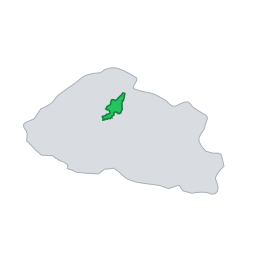 Kazhi, Wangdi Phodrang, Bhutan shown in context, rotated 14°
{"feature_id": "84629894B17880677073525", "entity_name": "Kazhi", "entity_type": "district", "adm_level": 2, "iso_a3": "BTN", "parent_name": "Bhutan", "parent_adm1": "Wangdi Phodrang", "projection": "orthographic", "projection_center": [90.104, 27.757], "detail": "fine", "context": "in_parent", "style": "filled", "palette": "green", "viewbox_px": 256, "rotation_deg": 14, "n_neighbors": 0, "source": "geoboundaries", "source_scale": "gbopen_adm2", "svg_char_len": 5642}
<svg xmlns="http://www.w3.org/2000/svg" viewBox="0 0 256 256"><g transform="rotate(14 128 128)"><path d="M202.3,110.0L201.9,111.6L200.3,115.7L199.2,120.3L200.2,123.9L204.1,128.3L209.3,131.7L216.0,131.9L222.0,130.5L224.5,131.0L227.9,136.8L230.3,141.9L227.2,147.2L225.5,151.8L224.9,155.1L225.3,156.5L227.3,159.1L229.7,163.6L230.1,167.7L228.7,170.5L225.5,171.9L222.2,171.6L219.4,171.7L216.0,172.2L210.6,173.8L205.5,175.9L196.1,175.6L192.2,171.6L190.5,171.6L181.9,177.0L172.5,176.1L155.5,178.0L148.3,178.5L141.0,177.9L137.3,176.8L130.4,173.1L124.1,170.4L117.8,172.9L115.5,173.3L110.4,179.7L99.4,181.8L88.4,183.4L85.1,182.5L78.9,182.1L78.7,180.6L78.9,179.2L77.5,178.0L74.9,176.8L70.6,176.3L65.1,174.7L61.9,173.1L50.6,175.3L44.0,171.9L36.6,167.2L32.8,165.1L31.5,157.9L30.2,155.6L27.3,153.2L25.7,150.3L27.1,147.4L34.5,142.0L35.1,140.7L38.7,130.6L43.5,126.9L48.2,121.8L51.8,113.7L58.7,105.4L66.2,96.8L71.4,89.8L74.9,86.6L81.9,83.1L87.8,81.1L91.9,76.4L96.8,73.8L101.8,72.6L109.3,73.3L116.4,74.9L124.1,77.3L125.0,79.1L124.3,82.5L123.2,85.8L123.2,87.6L124.4,88.5L131.9,89.1L141.2,88.6L146.4,89.0L158.0,92.1L161.4,94.2L165.0,95.9L168.4,95.6L172.8,91.9L177.4,88.8L180.2,88.3L182.3,89.3L186.0,92.2L193.7,94.8L200.5,96.8L202.8,98.8L202.1,107.2L202.3,110.0Z" fill="#d9dde1" stroke="#a8b0b8" stroke-width="1"/><path d="M115.1,116.3L115.2,116.2L115.4,116.2L115.5,116.2L115.8,116.0L116.1,116.1L116.3,115.9L116.5,115.9L116.8,115.6L116.9,115.4L117.0,115.3L117.3,115.0L117.3,114.8L117.4,114.5L117.4,114.4L117.4,114.1L117.4,113.9L117.4,113.7L117.4,113.4L117.5,113.3L117.5,113.1L117.6,112.4L117.7,111.9L117.7,111.7L117.9,111.5L117.8,111.3L117.8,111.2L117.8,110.8L117.8,110.6L117.8,110.4L117.6,110.3L117.6,110.1L117.4,109.8L117.3,109.7L117.1,109.6L117.0,109.4L117.0,109.1L116.9,109.0L116.9,108.8L117.0,108.5L117.1,108.0L117.1,107.9L117.0,107.7L116.9,107.5L116.7,107.3L116.7,107.1L116.6,106.9L116.4,106.8L116.3,106.7L116.2,106.4L116.1,106.1L116.0,105.9L115.9,105.9L115.9,105.6L116.0,105.5L116.1,105.4L116.1,105.2L116.2,104.6L116.3,104.6L116.3,104.4L116.3,104.2L116.3,103.9L116.1,103.7L115.9,103.3L116.0,103.3L116.0,103.1L116.1,102.9L116.4,102.7L116.5,102.6L116.9,102.5L117.0,102.3L117.0,102.2L116.9,102.1L116.9,101.9L116.8,101.7L116.7,101.6L116.8,101.4L116.8,101.1L116.9,100.8L116.9,100.7L116.9,100.4L117.0,100.2L116.9,100.0L117.0,99.4L116.9,99.1L116.8,98.8L116.7,98.6L116.6,98.2L116.8,97.8L116.8,97.7L116.8,97.4L116.7,97.3L116.6,97.2L116.7,96.9L116.7,96.6L116.7,96.2L116.7,95.9L116.5,95.7L116.5,95.2L116.3,95.2L115.7,95.2L115.0,95.2L114.8,95.3L114.5,95.3L114.4,95.3L114.3,95.5L114.2,95.6L114.2,95.8L114.3,96.0L114.2,96.2L114.1,96.3L114.0,96.5L114.1,96.8L114.0,97.0L113.8,97.2L113.7,97.4L113.7,97.5L113.5,98.0L113.4,98.0L113.2,98.2L113.2,98.3L113.1,98.6L112.9,98.8L112.7,98.9L112.6,99.2L112.4,99.4L112.3,99.7L112.1,99.9L112.0,100.0L111.9,100.2L111.8,100.4L111.7,100.5L111.5,100.8L111.4,100.8L111.3,101.0L111.1,101.2L111.1,101.3L111.0,101.6L110.9,101.8L110.9,102.1L110.7,102.3L110.6,102.6L110.5,102.8L110.5,103.0L110.3,103.2L110.2,103.4L110.1,103.5L109.9,103.7L109.7,103.8L109.5,104.0L109.3,104.2L109.3,104.3L109.1,104.4L108.8,104.4L108.6,104.2L108.4,104.2L108.2,104.1L107.7,104.1L107.4,104.0L107.0,104.1L106.7,104.2L106.4,104.2L106.1,104.4L105.9,104.4L105.7,104.4L105.4,104.5L105.2,104.9L105.1,105.1L105.2,105.3L105.2,105.8L105.2,106.1L105.1,106.4L105.1,106.5L105.1,106.9L105.1,107.1L105.1,107.4L105.0,107.8L105.1,108.0L105.1,108.4L105.2,108.5L105.2,108.8L105.3,109.1L105.2,109.6L105.1,109.8L105.0,110.0L104.9,110.1L104.6,110.3L104.1,110.6L103.8,110.8L103.7,110.9L103.6,111.2L103.3,111.4L103.1,111.6L102.7,111.9L102.7,112.0L102.5,112.3L102.4,112.7L102.3,112.8L102.2,113.0L102.3,113.2L102.2,113.6L102.1,113.9L102.1,114.1L102.2,114.3L101.9,114.7L102.0,114.7L102.1,114.8L102.3,115.0L102.5,115.2L103.1,115.4L103.3,115.5L103.5,115.5L103.8,115.5L104.2,115.2L104.5,115.2L104.9,115.2L105.3,115.3L105.6,115.8L105.8,115.9L106.1,116.5L106.3,116.7L106.5,116.7L106.8,117.1L107.0,117.5L107.0,117.9L106.9,118.0L106.7,118.2L106.6,118.3L106.2,118.5L106.2,118.8L105.8,119.3L105.7,119.4L105.6,119.5L105.4,119.6L105.1,119.5L104.9,119.6L104.7,119.5L104.3,119.6L104.2,119.6L104.2,119.9L104.1,120.0L104.0,120.3L103.9,120.4L103.6,120.7L103.3,120.8L103.3,121.0L103.2,121.1L103.2,121.4L103.0,121.7L102.7,121.7L102.5,121.8L102.3,121.9L102.3,122.0L102.2,122.1L101.9,122.2L101.7,122.2L101.4,122.4L101.3,122.5L101.2,122.9L101.2,123.1L100.6,123.4L100.5,123.5L100.4,123.4L100.4,123.6L100.5,123.8L101.0,124.2L101.2,124.4L101.5,124.7L101.9,124.9L102.1,125.0L102.4,125.1L102.5,125.1L102.4,125.3L102.1,125.5L102.0,125.8L101.9,125.8L101.9,126.0L101.7,126.0L101.5,126.4L101.6,126.5L101.7,126.4L101.9,126.4L102.1,126.3L102.1,126.2L102.3,126.2L102.6,125.9L102.8,125.9L103.5,125.6L103.7,125.4L104.0,125.2L104.1,124.9L104.3,124.8L104.7,124.5L104.8,124.5L105.0,124.6L105.6,124.6L105.9,124.5L106.0,124.1L106.0,123.8L106.1,123.6L106.4,123.7L106.6,123.7L106.9,123.6L107.0,123.4L107.4,123.3L107.6,123.3L107.8,123.3L108.0,123.3L108.5,123.2L108.7,122.8L108.8,122.3L109.2,122.1L109.5,121.9L109.8,121.9L109.7,121.7L109.8,121.6L109.6,121.3L109.6,121.1L109.8,121.0L109.8,120.9L109.6,120.1L109.9,120.0L110.1,119.8L110.3,119.7L110.6,119.5L110.8,119.3L111.0,119.2L111.2,118.8L111.2,118.7L111.1,118.3L111.1,118.2L110.9,117.8L110.9,117.6L110.9,117.4L110.7,117.3L110.5,117.2L110.4,117.1L110.5,117.0L110.6,116.9L110.6,116.5L110.8,116.4L111.1,116.1L111.4,115.8L111.5,115.7L111.9,115.5L112.1,115.4L112.5,115.4L112.8,115.4L113.0,115.5L113.3,115.8L113.5,115.9L113.6,115.7L113.9,115.5L114.1,115.5L114.5,115.6L114.6,115.8L114.8,115.8L115.0,115.9L115.0,116.0L115.1,116.3Z" fill="#22c55e" stroke="#15803d" stroke-width="1.5"/></g></svg>